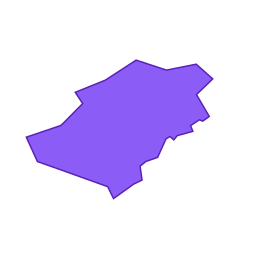 Columbia, Pennsylvania, United States of America, rotated 247°
{"feature_id": "52423323B8238929782503", "entity_name": "Columbia", "entity_type": "district", "adm_level": 2, "iso_a3": "USA", "parent_name": "United States of America", "parent_adm1": "Pennsylvania", "projection": "mercator", "projection_center": [-76.441, 41.043], "detail": "fine", "context": "isolated", "style": "filled", "palette": "violet", "viewbox_px": 256, "rotation_deg": 247, "n_neighbors": 0, "source": "geoboundaries", "source_scale": "gbopen_adm2", "svg_char_len": 524}
<svg xmlns="http://www.w3.org/2000/svg" viewBox="0 0 256 256"><g transform="rotate(247 128 128)"><path d="M121.6,43.4L81.9,86.4L68.7,87.1L74.1,111.1L74.6,120.6L88.1,124.2L90.2,131.3L89.4,143.8L103.1,158.7L103.8,163.3L99.2,165.5L101.7,170.4L99.6,186.4L105.7,186.5L107.7,196.8L105.1,199.5L106.9,207.3L132.0,204.1L140.1,225.2L160.1,215.7L162.3,205.0L166.3,186.0L187.3,162.0L180.9,125.7L181.5,93.4L168.2,95.8L157.2,69.0L156.6,66.9L159.3,30.8L132.5,31.5L121.6,43.4Z" fill="#8b5cf6" stroke="#5b21b6" stroke-width="1.5"/></g></svg>